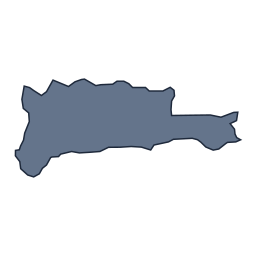 Naryn, Naryn, Kyrgyzstan
{"feature_id": "92254566B90021194946204", "entity_name": "Naryn", "entity_type": "district", "adm_level": 2, "iso_a3": "KGZ", "parent_name": "Kyrgyzstan", "parent_adm1": "Naryn", "projection": "albers", "projection_center": [76.24, 41.45], "detail": "fine", "context": "isolated", "style": "filled", "palette": "slate", "viewbox_px": 256, "rotation_deg": 0, "n_neighbors": 0, "source": "geoboundaries", "source_scale": "gbopen_adm2", "svg_char_len": 1067}
<svg xmlns="http://www.w3.org/2000/svg" viewBox="0 0 256 256"><path d="M79.4,152.9L89.3,152.3L99.9,151.5L108.5,147.3L120.1,147.2L131.2,146.5L141.4,147.1L150.7,150.0L154.0,145.0L159.2,143.9L168.5,141.9L172.7,139.7L173.3,139.3L192.2,138.3L197.2,139.6L197.5,139.7L200.8,142.1L205.8,147.0L213.2,150.1L218.8,149.0L225.8,143.5L227.4,142.4L235.8,141.9L240.6,139.8L236.7,137.6L235.0,134.0L234.5,129.2L230.1,123.6L236.5,120.6L237.8,112.2L233.7,112.4L221.0,117.2L210.3,115.0L193.0,115.2L171.6,115.5L171.0,109.7L171.6,101.0L174.5,95.9L174.0,90.3L170.2,87.3L162.9,91.0L149.2,91.0L145.5,87.5L132.6,87.5L128.8,83.7L123.8,81.2L117.0,81.2L112.7,84.2L100.9,84.7L95.8,85.6L84.5,79.1L81.5,79.5L75.0,81.8L68.5,86.5L53.0,80.1L46.5,91.7L41.4,95.5L33.8,90.6L29.6,87.6L24.2,86.1L21.9,99.3L23.3,108.4L28.7,112.9L29.3,121.6L24.7,133.1L23.5,140.2L20.6,145.9L19.3,149.8L15.5,150.4L15.4,155.8L19.8,161.6L20.7,168.7L27.7,175.0L33.7,176.9L39.3,173.8L42.4,168.3L46.5,165.0L50.6,157.6L51.8,157.0L58.5,156.6L60.7,154.1L71.6,151.5L79.4,152.9Z" fill="#64748b" stroke="#1e293b" stroke-width="1.5"/></svg>